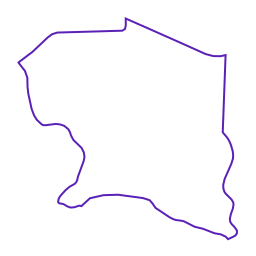 SVG path tracing the border of Machinga, rotated 271°
{"feature_id": "MWI-1904", "entity_name": "Machinga", "entity_type": "District", "adm_level": 1, "iso_a3": "MWI", "parent_name": "Malawi", "parent_adm1": "", "projection": "orthographic", "projection_center": [35.438, -14.901], "detail": "fine", "context": "isolated", "style": "outline", "palette": "violet", "viewbox_px": 256, "rotation_deg": 271, "n_neighbors": 0, "source": "natural_earth", "source_scale": "10m", "svg_char_len": 1357}
<svg xmlns="http://www.w3.org/2000/svg" viewBox="0 0 256 256"><g transform="rotate(271 128 128)"><path d="M191.6,17.3L202.4,31.1L217.0,46.0L220.5,50.5L222.2,55.8L225.2,120.6L227.1,123.4L231.0,124.0L237.4,123.8L226.2,150.5L217.9,170.1L203.3,204.3L201.4,212.0L201.4,219.2L202.6,224.3L125.6,222.8L124.7,223.3L123.6,224.3L122.9,224.9L120.0,227.4L116.9,229.4L113.1,231.1L106.7,233.1L102.8,233.6L99.4,233.5L93.9,231.9L78.7,225.5L72.8,224.2L69.2,224.4L65.9,225.5L64.0,226.9L58.3,232.8L55.3,234.6L52.6,234.8L48.8,234.1L43.9,232.4L38.9,231.4L35.9,231.9L33.5,233.5L31.0,236.1L27.4,238.7L24.5,238.7L22.3,237.2L21.1,235.1L18.6,230.0L21.0,227.7L23.3,222.6L24.3,216.2L28.6,204.6L30.4,196.4L35.7,185.5L36.3,182.4L36.8,177.7L37.6,174.9L39.5,171.1L48.6,156.9L53.0,153.8L56.2,150.9L58.2,144.2L61.1,119.2L60.4,104.6L57.1,91.2L49.9,83.6L49.1,83.0L49.5,80.6L49.3,79.9L47.9,76.0L47.7,74.4L47.5,72.7L47.7,71.0L48.8,68.2L50.3,65.8L50.9,64.3L51.4,61.2L52.0,59.9L52.9,59.4L54.9,59.7L56.3,60.1L57.9,60.9L59.7,62.2L64.8,66.7L68.1,70.4L71.3,75.8L73.0,77.2L75.3,78.2L78.5,78.8L94.0,84.2L98.3,85.0L103.0,84.2L107.3,81.9L115.2,73.5L119.7,71.1L122.9,70.0L125.8,68.3L129.1,64.1L130.4,60.0L130.8,55.7L129.3,45.3L129.4,43.2L130.1,41.6L134.7,36.6L138.9,33.9L145.4,31.3L160.2,27.8L167.5,26.8L176.4,26.5L183.2,24.0L191.5,17.3L191.6,17.3Z" fill="none" stroke="#5b21b6" stroke-width="2"/></g></svg>